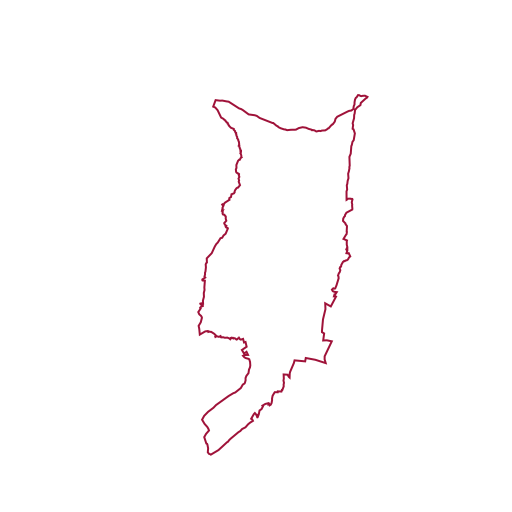 the district of Miercurea Ciuc, Harghita, Romania, rotated 121°
{"feature_id": "2599482B30524546463793", "entity_name": "Miercurea Ciuc", "entity_type": "district", "adm_level": 2, "iso_a3": "ROU", "parent_name": "Romania", "parent_adm1": "Harghita", "projection": "equal_earth", "projection_center": [25.758, 46.338], "detail": "fine", "context": "isolated", "style": "outline", "palette": "rose", "viewbox_px": 512, "rotation_deg": 121, "n_neighbors": 0, "source": "geoboundaries", "source_scale": "gbopen_adm2", "svg_char_len": 6109}
<svg xmlns="http://www.w3.org/2000/svg" viewBox="0 0 512 512"><g transform="rotate(121 256 256)"><path d="M150.0,369.6L149.7,367.4L150.8,364.0L155.3,357.2L155.2,354.4L155.5,353.8L155.6,352.0L156.1,351.5L156.2,350.7L156.6,350.0L156.4,349.0L157.2,348.4L157.2,347.8L158.1,346.7L158.1,346.2L158.4,345.9L159.0,343.5L158.5,340.5L159.3,340.0L159.7,338.3L160.3,337.9L160.7,337.1L160.7,336.5L161.6,336.2L161.7,335.6L162.9,334.8L163.7,333.4L164.8,332.8L165.3,331.3L166.1,330.7L166.9,329.5L168.8,328.0L170.3,327.6L170.1,327.1L170.6,326.9L171.2,326.3L171.3,325.9L172.2,325.2L172.4,324.6L173.3,324.0L173.3,323.2L174.3,322.6L174.8,322.9L175.4,322.2L176.1,322.2L176.3,321.6L177.4,320.4L178.7,319.6L178.8,319.2L179.9,319.6L181.9,319.5L182.1,320.0L183.6,320.4L188.1,319.7L190.6,318.1L192.1,317.9L194.1,316.4L194.5,315.7L194.6,315.1L194.4,314.3L194.7,313.9L194.4,313.0L194.5,312.7L196.1,312.0L196.4,311.3L197.2,310.9L198.6,310.9L199.9,309.4L201.2,309.1L203.5,306.2L206.6,306.6L206.9,307.1L208.0,307.6L210.1,307.8L211.7,307.6L212.4,307.1L213.7,307.2L215.7,308.8L218.3,307.8L220.0,308.7L221.2,308.2L221.5,307.7L226.1,310.0L227.4,310.3L228.6,310.1L228.8,311.3L229.3,311.5L229.6,310.9L229.1,310.5L229.5,309.8L231.8,309.6L232.5,309.0L232.9,309.1L234.6,308.5L234.1,307.9L234.9,307.9L235.5,307.4L235.5,307.1L236.6,306.7L237.1,306.2L237.4,305.7L236.9,304.3L237.4,303.7L237.5,302.7L237.9,302.1L239.6,301.2L241.1,299.6L244.2,300.2L245.2,298.8L245.4,297.0L246.4,297.2L246.7,296.8L246.9,295.9L246.6,295.1L246.7,294.4L247.4,294.2L252.6,293.5L255.1,294.4L257.8,294.4L259.0,295.6L264.2,295.7L266.2,296.2L269.0,296.2L276.4,295.4L283.4,297.0L286.9,294.7L287.8,295.0L289.1,294.8L291.5,293.1L295.4,291.3L296.6,291.1L298.2,290.1L300.1,289.6L300.6,288.4L303.7,289.9L304.2,289.7L304.5,289.2L303.5,287.1L309.5,284.1L311.7,282.6L314.6,281.7L317.8,279.6L321.6,278.5L324.0,276.9L324.7,278.5L325.5,279.2L325.8,278.9L326.1,277.5L325.7,276.2L326.3,275.8L327.2,276.6L328.6,277.2L329.2,277.2L329.5,276.4L333.8,276.6L335.2,274.6L335.6,272.3L336.4,270.9L336.9,270.5L341.3,269.2L345.4,269.2L347.7,267.1L352.3,263.7L346.8,260.7L345.1,258.6L345.7,257.8L344.7,256.9L344.6,256.1L344.1,255.3L344.2,251.7L344.8,249.3L346.0,249.5L346.3,249.1L345.4,248.6L344.8,247.7L344.4,246.1L342.9,245.2L343.6,244.3L343.4,244.1L343.4,243.3L342.6,242.5L342.2,240.8L341.3,239.3L340.8,238.8L340.4,236.6L340.6,235.3L339.4,235.4L339.3,234.8L338.4,234.6L338.4,233.0L337.7,232.8L337.7,232.1L337.4,231.5L337.7,229.7L337.1,229.2L336.1,229.1L335.3,228.4L334.9,228.4L335.6,226.9L335.5,225.9L333.7,224.4L336.3,221.7L335.1,220.7L338.6,217.3L343.8,219.7L345.8,216.0L343.0,214.8L344.9,211.9L346.7,214.7L348.2,215.7L348.8,213.8L348.8,212.3L348.0,209.4L348.0,208.6L349.9,206.5L352.8,204.5L354.6,203.8L357.0,203.5L360.3,202.1L363.7,202.5L366.0,202.1L367.9,200.9L370.4,200.2L371.3,200.2L373.0,201.1L377.0,201.0L383.7,203.5L385.3,204.8L390.2,207.4L404.4,213.5L408.0,214.3L414.2,216.8L417.6,217.6L419.7,218.1L424.1,217.9L426.4,213.6L427.6,209.7L428.6,207.9L429.8,206.4L434.2,207.2L437.9,207.1L441.8,202.6L442.3,202.0L442.2,201.2L442.7,200.5L445.5,198.0L449.1,196.2L449.8,194.3L449.4,192.8L449.5,192.4L441.7,188.2L430.5,184.9L429.5,184.3L428.2,184.3L425.8,183.7L416.0,180.3L414.1,179.3L411.5,178.8L408.3,176.8L404.3,176.1L401.8,175.2L398.9,173.7L398.0,175.1L398.0,176.3L392.7,176.4L391.2,176.1L391.7,174.5L393.0,172.5L392.5,172.6L392.5,172.2L391.2,172.5L391.1,172.2L393.2,171.9L393.1,171.6L390.2,172.1L386.6,173.4L384.4,172.4L381.3,172.6L381.0,173.4L378.0,171.8L375.9,169.7L376.8,169.0L376.0,168.6L377.0,167.4L375.9,166.8L374.1,166.9L371.4,167.9L370.0,168.8L367.2,169.8L363.5,169.8L363.0,169.7L361.6,167.2L360.8,167.6L359.1,164.4L357.5,164.8L357.3,164.4L353.5,165.1L352.0,166.1L350.3,166.7L348.6,168.3L346.8,169.0L343.3,171.3L341.5,167.8L342.7,165.6L342.9,164.6L339.3,166.6L337.7,167.1L328.3,168.4L325.6,169.2L321.0,159.6L317.8,160.8L314.4,151.7L311.9,141.1L309.2,144.0L306.6,145.5L290.1,147.1L291.8,151.9L293.8,154.9L287.3,157.7L287.3,160.2L286.2,160.9L275.9,165.9L265.8,169.1L260.9,172.3L260.7,165.9L249.6,166.5L249.8,167.5L250.4,168.4L248.5,168.9L248.3,168.3L245.4,168.2L246.3,170.2L246.6,171.9L246.4,172.5L245.7,173.6L243.9,173.1L243.9,172.5L243.3,171.6L243.0,171.4L239.7,171.9L232.5,173.7L230.9,174.9L230.6,175.6L228.1,176.1L227.0,175.9L224.8,176.4L224.1,177.1L223.8,177.8L223.1,178.0L222.0,178.1L221.8,177.8L221.1,177.7L219.7,178.3L216.3,178.4L214.9,177.9L214.8,177.3L213.7,176.9L213.0,176.0L211.6,175.4L209.3,175.5L207.8,175.0L205.8,178.0L206.4,178.5L206.7,179.2L207.0,179.9L204.3,180.5L203.8,180.8L204.4,180.9L203.9,182.0L201.3,182.3L199.6,184.0L196.6,185.8L195.8,186.0L196.3,189.8L191.7,189.8L190.7,189.6L188.5,190.5L188.3,190.9L183.9,193.2L183.3,193.7L182.7,195.5L182.0,196.1L181.1,199.5L179.0,200.5L177.0,200.6L176.1,200.3L175.0,200.8L172.3,200.8L166.6,197.4L165.9,197.7L163.3,199.6L162.5,199.9L160.6,201.6L157.7,202.5L157.5,202.9L158.2,204.2L158.3,204.8L159.9,207.2L160.6,207.0L161.2,207.3L154.0,211.7L152.1,212.1L148.6,214.6L147.1,214.9L144.5,216.1L141.7,216.8L138.0,219.4L135.6,220.0L132.6,221.1L131.7,221.8L130.3,222.2L122.9,227.0L119.5,227.5L112.7,230.9L111.3,231.1L108.5,232.1L106.4,231.9L100.0,234.4L97.2,237.6L97.2,238.7L93.7,240.2L92.5,241.5L87.4,242.9L84.5,244.5L83.1,244.8L79.8,246.3L76.4,245.8L72.9,244.2L70.8,245.0L64.5,243.1L63.1,242.4L62.2,242.4L62.5,245.2L63.8,247.1L64.7,248.0L65.0,248.9L65.0,250.3L65.5,251.4L68.1,251.5L69.1,251.9L70.9,251.7L73.5,250.7L75.4,249.6L77.1,249.4L78.7,248.8L79.5,248.1L82.2,249.2L83.6,250.9L85.0,251.9L94.8,258.1L97.5,258.5L100.2,257.7L103.4,258.0L103.8,258.4L104.7,258.5L105.1,258.8L109.1,259.5L109.4,259.9L110.9,260.4L112.7,261.4L114.6,264.2L115.6,264.9L116.3,266.5L118.0,268.2L118.2,268.5L118.2,270.6L119.1,273.0L119.3,273.0L119.2,273.9L119.9,276.2L120.3,279.3L121.6,282.4L124.3,285.2L127.2,286.9L129.9,291.2L132.1,294.1L132.4,295.3L132.3,295.7L133.0,297.1L133.8,300.7L134.0,303.2L133.6,304.1L133.8,305.5L133.1,309.7L133.5,310.4L135.8,324.0L135.5,327.5L136.0,329.6L138.4,335.2L137.7,342.4L137.7,344.4L138.2,346.5L137.8,358.9L138.7,361.0L140.1,364.9L141.4,366.8L143.2,370.9L150.0,369.6Z" fill="none" stroke="#9f1239" stroke-width="2"/></g></svg>